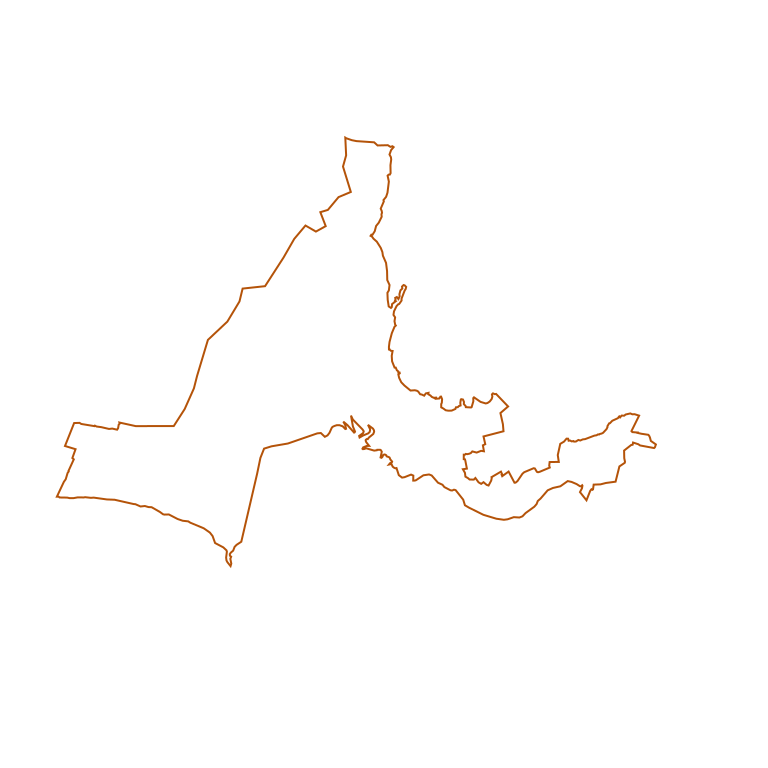 outline of Valea Mare, Covasna, Romania, rotated 111°
{"feature_id": "2599482B84162786081216", "entity_name": "Valea Mare", "entity_type": "district", "adm_level": 2, "iso_a3": "ROU", "parent_name": "Romania", "parent_adm1": "Covasna", "projection": "natural_earth1", "projection_center": [26.012, 45.763], "detail": "fine", "context": "isolated", "style": "outline", "palette": "amber", "viewbox_px": 768, "rotation_deg": 111, "n_neighbors": 0, "source": "geoboundaries", "source_scale": "gbopen_adm2", "svg_char_len": 6166}
<svg xmlns="http://www.w3.org/2000/svg" viewBox="0 0 768 768"><g transform="rotate(111 384 384)"><path d="M514.8,617.2L515.7,616.5L517.0,617.1L520.6,616.4L522.3,616.8L523.0,621.7L524.5,624.6L525.6,632.5L526.7,637.1L526.5,639.0L527.1,639.2L529.8,652.3L529.4,654.3L531.5,659.3L556.2,659.6L555.4,648.6L564.8,648.4L565.5,646.6L578.3,647.4L578.7,647.0L580.4,647.5L587.0,647.0L590.0,647.8L606.4,649.0L605.8,647.5L606.2,646.2L603.6,639.1L603.2,636.5L601.9,633.1L599.6,629.3L597.5,623.6L596.8,622.5L595.3,616.8L594.1,614.3L591.1,601.4L588.6,594.0L585.8,574.7L585.3,573.0L585.6,567.4L583.6,563.5L583.3,559.8L582.3,556.8L583.8,547.2L584.8,543.6L584.6,542.2L582.9,538.1L584.0,528.3L583.8,522.9L582.4,517.5L582.9,515.1L583.3,500.6L585.1,493.3L587.4,489.5L593.0,484.7L594.1,475.5L595.7,471.5L596.8,470.6L602.6,469.2L605.2,467.8L606.5,466.3L609.0,462.0L606.4,462.2L602.3,464.8L600.0,464.8L599.5,466.3L598.1,467.0L596.4,466.6L593.6,465.1L589.6,465.1L587.0,464.0L582.4,460.7L513.2,470.3L497.3,472.9L487.3,472.8L482.5,466.7L474.0,452.4L454.0,428.6L452.4,425.4L454.5,420.3L452.2,418.3L449.1,417.4L443.8,417.1L442.5,416.7L440.9,415.2L439.3,413.2L438.4,410.7L438.3,407.4L439.9,404.0L439.4,403.4L436.3,405.4L433.7,408.5L435.5,403.3L440.1,394.5L439.7,394.1L438.8,394.0L434.8,397.8L425.3,403.5L428.3,400.4L434.2,387.6L435.4,386.0L437.3,385.9L441.4,388.6L442.7,387.6L439.4,384.9L435.7,381.0L433.9,380.2L431.8,380.5L430.9,381.1L427.9,384.3L429.6,378.3L430.8,376.8L432.1,376.1L434.5,376.1L439.4,378.9L441.3,379.4L441.4,380.2L442.6,381.0L443.5,380.8L444.7,379.7L447.1,375.7L448.0,377.9L450.6,380.7L452.2,380.9L452.4,380.4L451.8,379.2L450.4,377.6L449.7,369.3L448.4,366.9L447.9,366.8L446.8,363.9L446.9,363.2L448.0,361.8L453.8,360.9L453.8,359.9L452.8,359.4L450.3,359.2L449.5,358.0L449.7,356.4L450.6,355.6L450.5,353.3L450.7,352.4L452.2,351.0L453.5,348.6L454.4,348.6L455.8,350.0L457.4,350.5L456.3,348.8L456.3,348.1L458.1,346.2L458.6,344.4L458.6,343.0L458.0,342.2L463.8,337.5L464.9,333.6L463.6,331.4L458.9,326.3L459.0,323.8L463.7,322.1L463.1,320.6L462.4,319.7L455.1,314.5L452.3,309.5L452.3,306.7L456.8,298.2L457.1,293.3L458.6,290.7L459.4,283.8L459.0,282.2L457.6,280.8L457.4,279.1L463.6,268.6L468.2,265.0L469.0,260.2L470.5,244.3L469.5,230.8L467.8,223.4L466.0,220.1L461.8,215.1L460.1,209.7L457.9,207.3L453.8,205.6L444.7,199.7L441.4,198.5L438.1,198.5L434.9,196.8L424.6,193.1L420.5,189.0L416.3,182.7L408.8,177.7L408.2,173.8L408.4,168.3L409.2,164.5L409.0,163.5L407.5,162.7L407.8,162.3L410.4,161.8L414.7,162.3L420.0,153.3L409.9,153.2L407.9,152.6L408.1,151.5L407.5,151.1L402.8,152.2L400.1,145.9L396.9,141.4L392.2,132.8L376.6,134.7L371.3,131.0L370.3,131.1L367.2,133.1L360.1,136.0L352.4,131.4L351.6,130.1L349.4,130.5L349.1,125.0L349.6,122.9L347.0,108.9L346.0,108.4L343.0,108.5L341.5,114.5L338.7,116.5L337.4,117.8L336.7,119.0L338.2,125.8L338.8,129.8L338.4,129.8L339.9,134.9L339.3,136.1L322.1,134.5L322.4,139.3L323.3,141.3L323.2,143.5L325.9,147.5L327.5,148.4L328.3,150.8L330.5,151.6L329.8,152.6L330.1,152.9L332.1,153.4L336.5,157.7L339.6,159.0L340.0,159.7L343.3,160.3L344.2,159.9L346.4,160.1L351.1,162.0L352.3,163.1L353.3,164.6L354.1,165.1L354.3,166.1L355.7,167.2L356.8,169.1L363.4,176.5L364.5,178.6L366.4,180.5L366.6,182.5L368.9,184.2L369.7,186.0L369.4,186.8L370.3,188.1L370.1,190.1L370.8,191.3L369.1,192.5L369.6,194.0L373.3,195.3L376.7,198.0L388.1,196.3L394.1,192.9L397.5,201.4L401.0,200.5L402.6,199.3L410.2,207.2L411.2,208.6L411.2,209.8L408.8,212.9L409.0,214.1L416.1,221.5L418.2,222.6L426.8,224.6L428.9,225.8L429.4,226.8L421.1,236.3L427.7,240.6L426.5,241.7L426.0,241.3L423.9,243.4L432.4,250.2L432.7,249.8L435.8,249.3L441.3,250.0L441.4,252.0L440.0,255.9L442.4,257.5L441.9,260.5L439.0,265.0L441.1,265.9L442.5,269.9L441.8,271.8L441.3,274.8L437.9,276.6L435.3,279.8L433.3,276.3L426.1,280.8L425.3,281.5L425.6,282.6L421.4,284.2L421.1,283.2L420.0,282.7L419.7,281.2L418.6,279.5L417.4,278.2L415.3,277.4L414.8,272.9L411.6,269.4L411.0,266.6L405.8,269.7L403.9,267.9L397.3,272.3L385.3,255.5L378.9,258.6L369.4,264.9L360.5,260.1L353.1,275.8L353.8,276.9L353.7,278.9L355.0,279.5L356.9,278.3L359.5,278.1L362.4,279.0L364.7,280.6L365.7,282.1L366.1,287.4L364.2,295.2L365.2,295.6L368.1,294.4L374.2,293.9L374.7,294.3L376.3,299.3L375.4,299.8L374.1,302.3L372.1,302.9L370.2,304.7L370.5,306.5L371.1,306.7L374.3,306.0L376.6,304.8L377.8,306.2L379.2,306.8L380.0,308.5L381.7,308.4L384.6,311.3L385.9,314.5L386.4,317.0L385.6,319.9L385.3,322.2L382.2,323.4L380.8,323.3L377.4,324.3L375.3,326.2L375.6,326.8L377.7,327.2L379.2,330.3L378.1,330.6L378.4,331.3L379.1,331.2L378.9,334.8L378.1,336.5L377.7,339.0L376.3,339.3L377.8,341.6L380.5,342.3L380.3,345.0L380.6,346.6L378.8,349.3L378.5,350.9L378.8,353.0L380.6,356.9L378.1,364.4L376.2,368.5L372.9,372.0L370.0,374.0L368.4,373.1L367.7,373.6L368.2,374.7L367.1,375.3L366.6,376.9L364.5,378.9L364.9,380.0L359.9,384.6L354.9,386.9L350.1,387.8L350.5,389.4L350.0,390.9L349.5,391.4L349.8,391.8L347.6,392.7L342.8,393.9L333.8,394.9L326.8,394.7L325.2,393.9L324.5,394.9L321.6,396.7L317.8,397.5L316.1,399.9L312.6,400.7L306.8,400.2L304.5,399.3L303.8,398.5L299.8,397.5L298.0,398.2L289.3,398.2L287.6,397.8L285.4,398.1L284.5,400.1L284.6,401.2L286.6,402.1L288.3,401.1L290.7,402.2L294.6,401.8L296.6,400.8L299.5,401.0L298.2,403.2L299.6,404.4L300.7,403.6L302.4,403.6L302.5,402.7L306.5,405.1L309.4,404.3L310.5,404.8L309.9,407.4L304.1,410.7L297.6,413.5L294.9,413.0L289.6,414.3L285.8,418.2L277.5,421.6L270.2,425.5L264.6,431.0L261.4,432.8L258.1,435.8L253.7,441.7L252.1,445.9L250.7,448.0L250.5,449.6L249.1,449.3L248.7,448.2L244.7,447.4L239.3,448.0L235.3,446.7L228.7,446.1L226.4,447.2L224.9,447.2L223.2,448.2L221.5,449.9L213.6,449.6L212.5,450.4L208.5,449.1L204.2,449.3L193.3,452.0L188.2,455.3L186.9,454.7L186.4,453.6L184.8,453.4L177.4,456.4L171.9,457.7L169.8,458.8L167.8,461.1L163.1,461.2L159.4,459.9L159.0,461.3L160.3,463.0L159.7,466.0L163.6,475.5L161.9,479.8L167.1,496.7L167.9,501.4L168.1,507.2L167.9,508.4L184.1,501.3L195.7,500.2L216.6,483.8L225.8,493.4L241.6,498.8L246.4,505.0L257.5,495.0L266.1,502.2L264.2,514.1L280.7,519.8L301.9,523.1L335.3,530.1L345.6,550.2L358.7,548.5L381.9,552.6L405.9,564.2L443.5,561.4L456.2,559.9L478.8,561.1L498.6,565.2L512.3,600.7L514.8,617.2Z" fill="none" stroke="#b45309" stroke-width="2"/></g></svg>